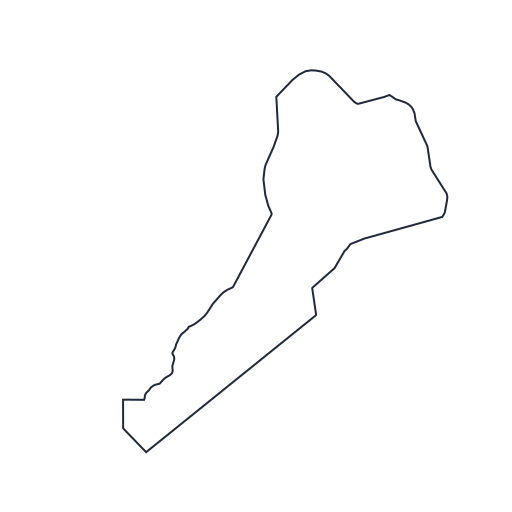 the State of River Nile, rotated 226°
{"feature_id": "SDN-877", "entity_name": "River Nile", "entity_type": "State", "adm_level": 1, "iso_a3": "SDN", "parent_name": "Sudan", "parent_adm1": "", "projection": "equal_earth", "projection_center": [33.548, 18.954], "detail": "fine", "context": "isolated", "style": "outline", "palette": "slate", "viewbox_px": 512, "rotation_deg": 226, "n_neighbors": 0, "source": "natural_earth", "source_scale": "10m", "svg_char_len": 1922}
<svg xmlns="http://www.w3.org/2000/svg" viewBox="0 0 512 512"><g transform="rotate(226 256 256)"><path d="M191.2,40.7L192.3,40.7L197.6,40.7L203.0,40.7L208.3,40.7L213.7,40.7L219.0,40.7L224.3,40.7L245.0,60.6L230.3,75.6L231.0,77.0L231.9,78.2L232.6,78.9L232.9,79.4L233.1,79.7L233.2,80.0L233.6,81.3L233.8,82.1L233.8,85.3L233.8,85.7L234.1,87.1L234.3,88.3L234.4,89.2L234.3,90.1L233.9,92.6L233.7,93.2L233.4,94.0L233.1,94.6L231.4,97.3L231.2,97.9L231.1,98.4L231.5,103.4L231.4,105.8L231.1,107.3L230.2,110.8L230.1,111.7L230.0,113.1L230.1,113.6L230.1,114.1L230.2,114.4L230.9,115.9L231.1,116.1L231.5,116.6L234.4,118.8L235.0,119.5L238.2,125.0L238.6,125.5L239.5,126.4L239.9,126.7L240.5,127.1L241.1,127.3L243.5,127.9L243.7,128.0L244.0,128.2L244.2,128.4L244.5,128.9L244.7,129.2L245.7,133.1L246.8,135.5L247.0,135.8L247.3,136.2L247.7,136.8L248.0,137.4L248.9,139.9L249.5,141.1L250.5,143.7L251.1,146.0L251.4,147.5L251.5,148.2L251.5,148.8L251.2,151.8L251.1,156.0L251.2,156.7L251.3,157.1L251.7,158.1L251.8,158.4L251.7,158.7L250.9,160.5L249.7,164.6L248.8,171.9L248.6,177.4L249.1,181.3L251.6,192.0L252.5,203.5L252.5,206.8L252.3,208.5L251.6,211.8L249.9,216.7L249.8,217.1L249.7,217.8L249.9,218.7L274.8,295.4L275.3,296.4L276.0,296.9L283.8,299.8L293.6,305.2L305.9,314.5L312.3,322.2L314.2,325.0L315.2,326.9L322.1,344.1L327.3,354.6L328.2,356.0L330.2,358.5L356.4,381.2L357.3,404.4L356.6,412.8L354.5,420.0L351.2,424.7L347.9,427.8L343.4,431.1L339.3,432.9L335.1,433.8L298.9,433.7L296.1,434.2L294.5,435.2L281.3,458.8L279.1,463.9L271.3,465.5L269.4,466.7L262.4,470.2L258.7,471.2L255.2,471.3L253.1,471.0L248.6,469.2L242.0,464.6L215.8,455.5L199.0,443.5L196.4,442.3L168.5,436.5L165.8,434.9L163.5,432.3L156.4,422.4L155.6,420.6L154.7,417.2L193.2,346.2L199.0,332.2L198.0,326.6L198.1,323.2L192.8,304.4L192.7,304.0L194.0,274.7L193.9,274.3L193.7,274.0L172.2,258.6L171.9,258.3L171.8,257.9L171.8,257.5L191.2,40.7Z" fill="none" stroke="#1e293b" stroke-width="2"/></g></svg>